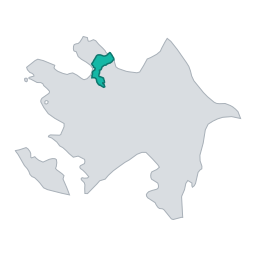 Qakh District, Qax, Azerbaijan shown in context
{"feature_id": "54616110B49356278605879", "entity_name": "Qakh District", "entity_type": "district", "adm_level": 2, "iso_a3": "AZE", "parent_name": "Azerbaijan", "parent_adm1": "Qax", "projection": "orthographic", "projection_center": [46.895, 41.256], "detail": "fine", "context": "in_parent", "style": "filled", "palette": "teal", "viewbox_px": 256, "rotation_deg": 0, "n_neighbors": 0, "source": "geoboundaries", "source_scale": "gbopen_adm2", "svg_char_len": 4956}
<svg xmlns="http://www.w3.org/2000/svg" viewBox="0 0 256 256"><path d="M182.7,217.4L181.6,217.3L173.2,219.5L171.4,218.9L164.0,209.8L162.5,208.8L159.4,208.5L157.6,207.0L156.0,204.5L155.2,202.7L147.7,197.8L146.5,196.0L146.4,194.4L147.4,193.0L148.7,191.7L152.3,190.4L156.5,189.3L157.8,188.5L158.5,187.2L158.4,185.0L157.7,183.0L151.6,179.2L150.9,177.6L150.7,175.6L151.0,173.5L151.9,171.8L156.8,169.5L159.4,167.2L157.7,164.6L152.4,158.8L146.0,152.4L141.8,152.4L137.0,154.3L129.3,159.9L125.0,162.3L119.4,166.3L113.4,170.7L108.4,175.3L105.2,179.1L99.7,180.8L96.9,184.0L87.5,193.6L84.9,193.5L84.7,188.7L84.9,184.9L84.3,182.7L81.3,179.7L81.2,178.5L82.1,177.7L84.4,178.2L87.4,178.0L88.8,176.8L85.6,172.9L82.8,170.2L80.4,168.5L79.9,167.4L79.9,166.6L80.4,165.7L84.5,163.6L84.9,161.6L84.6,159.4L78.2,156.1L73.3,157.2L69.0,153.5L66.3,150.7L62.8,147.6L59.7,145.9L56.8,142.0L51.7,138.0L48.4,136.8L48.5,136.2L49.1,135.5L50.5,134.9L59.6,135.2L60.8,134.5L61.4,132.8L62.6,130.3L64.1,126.6L64.1,123.5L54.9,118.4L48.3,113.7L43.8,107.5L40.8,101.9L40.9,100.1L41.9,98.3L49.0,93.3L49.5,92.0L49.4,91.1L46.9,88.4L43.8,85.7L42.8,83.7L40.8,82.6L37.1,82.5L30.5,79.0L29.1,78.7L28.8,78.0L29.1,77.4L33.9,76.1L33.8,75.0L32.4,73.5L29.8,72.4L27.4,69.7L26.6,67.3L35.2,60.5L37.8,59.2L43.3,60.6L54.8,65.3L54.0,67.9L55.2,69.4L57.8,71.3L62.9,73.4L67.2,74.5L69.4,73.6L72.7,72.9L77.1,75.2L81.0,78.1L83.0,79.3L84.1,79.7L87.1,78.7L90.8,75.0L92.2,70.5L92.6,68.3L90.5,65.3L86.2,62.1L81.3,59.2L78.2,56.6L76.2,51.7L74.2,51.1L73.7,50.4L73.4,48.7L73.5,46.4L74.2,44.6L76.2,43.8L78.2,43.5L80.0,41.8L82.2,38.4L83.2,36.5L87.4,37.6L88.0,40.7L88.7,41.3L90.5,41.0L93.4,39.7L95.7,40.7L98.7,44.3L102.8,48.2L105.1,50.7L106.0,52.5L108.1,54.2L111.2,56.3L113.7,59.4L115.9,66.8L118.1,68.5L126.2,71.3L129.0,71.8L136.9,72.8L139.7,72.0L143.6,65.6L147.2,59.0L150.6,57.6L156.7,54.3L160.3,51.3L161.8,48.0L165.1,41.8L167.2,38.4L170.8,41.3L177.3,49.5L186.5,62.7L188.8,66.4L190.4,70.8L191.7,76.1L193.9,80.8L203.4,92.5L207.5,96.7L214.1,102.2L216.5,103.4L219.5,103.7L225.1,103.5L230.3,105.5L232.9,107.0L235.6,109.2L238.0,111.7L240.6,118.5L231.6,116.6L222.7,117.3L217.6,118.9L212.8,121.2L208.1,124.2L205.3,129.9L203.2,143.0L199.9,155.3L200.1,160.9L201.9,166.2L201.8,168.8L200.1,169.9L198.1,172.3L195.5,183.5L194.2,185.8L192.4,187.2L191.9,185.9L191.9,183.0L187.8,180.5L185.8,183.5L184.5,189.7L181.7,196.2L181.6,197.4L182.7,217.4ZM47.8,103.2L48.2,101.5L47.1,100.7L45.9,100.6L44.9,101.5L44.9,103.6L46.3,104.1L47.8,103.2ZM17.3,153.4L15.9,151.6L15.4,150.6L19.4,149.8L26.1,147.6L27.9,148.8L29.8,151.3L30.7,153.4L30.8,157.3L31.6,157.9L34.8,156.7L36.3,158.3L38.7,160.2L43.0,162.1L49.3,159.3L52.4,158.6L55.0,158.7L56.4,159.6L56.8,162.7L56.3,166.4L55.5,168.4L56.8,169.9L61.9,173.6L64.0,175.6L63.0,179.0L66.7,187.5L68.0,190.8L69.5,194.9L61.6,193.2L47.4,189.6L43.6,187.8L39.9,183.0L37.8,180.7L34.6,177.7L32.0,176.6L30.0,174.5L28.9,171.5L27.3,168.8L24.4,165.5L18.1,154.5L17.3,153.4ZM27.2,81.2L26.3,81.8L25.0,81.1L24.6,79.8L24.8,78.4L26.1,78.1L27.1,78.5L27.4,79.8L27.2,81.2Z" fill="#d9dde1" stroke="#a8b0b8" stroke-width="1"/><path d="M113.9,59.8L113.8,59.2L113.8,58.5L113.5,57.8L112.9,56.9L112.4,56.1L112.0,55.2L111.4,54.5L111.2,54.1L110.7,53.4L110.3,52.8L109.7,52.6L109.1,53.1L108.8,53.4L108.4,53.8L108.0,54.1L107.8,54.3L107.6,54.4L107.2,54.9L106.7,55.3L106.1,55.6L105.3,55.9L104.8,56.0L104.0,56.1L103.3,56.0L102.9,55.8L102.4,55.6L101.6,55.3L101.0,55.1L100.3,54.9L99.8,54.9L98.6,54.9L98.0,54.9L97.2,55.3L96.9,55.5L96.4,56.0L96.0,56.8L95.7,57.3L95.3,58.0L95.0,58.6L94.6,59.2L94.1,59.9L93.8,60.5L93.5,61.1L93.2,61.8L92.7,62.4L92.3,63.0L91.8,63.7L91.8,64.1L92.1,64.8L92.4,65.2L93.0,65.7L93.4,66.3L93.5,67.2L94.1,67.5L94.9,67.9L95.2,68.5L94.9,69.4L94.7,70.1L94.1,70.3L93.7,70.6L93.4,70.9L92.8,71.4L92.5,72.1L92.4,72.9L92.5,73.8L92.4,74.6L92.1,75.3L91.9,75.9L92.2,76.6L91.9,77.1L91.9,77.8L92.7,77.7L93.5,77.7L94.6,77.7L95.4,78.2L96.0,78.7L96.4,79.4L96.5,80.3L96.6,81.0L96.8,81.5L96.9,82.1L97.2,82.6L97.7,83.3L98.0,83.8L98.4,84.3L98.9,84.8L99.2,85.0L99.5,85.2L100.0,85.1L101.4,86.0L102.2,86.5L102.8,86.8L103.6,87.3L104.0,87.2L104.4,87.0L104.7,86.8L104.6,86.7L104.5,85.9L104.2,84.9L104.0,84.4L103.4,84.1L102.8,83.4L102.8,82.9L103.6,82.9L104.4,82.7L104.5,82.5L104.5,82.0L104.4,81.4L104.3,80.9L104.2,80.4L104.0,80.0L103.7,79.2L103.6,78.5L102.9,77.9L103.0,77.8L102.8,77.7L102.6,77.6L102.3,77.5L101.7,77.3L101.3,77.1L100.7,76.9L100.2,76.7L99.9,76.7L99.3,76.5L98.9,76.2L98.8,75.7L98.9,75.0L99.0,74.4L99.1,73.9L99.4,73.7L99.5,73.1L99.6,72.4L99.7,71.5L99.5,70.8L99.4,70.3L99.9,70.1L100.1,70.1L100.7,69.9L100.9,69.5L101.2,69.3L101.3,69.0L101.5,68.8L101.7,68.2L101.7,67.7L101.8,67.3L102.1,67.0L102.4,66.8L102.7,66.5L102.8,66.4L103.1,66.2L103.3,65.9L103.8,65.6L104.2,65.4L104.5,65.2L105.1,65.2L105.5,65.2L106.0,65.1L106.6,64.6L107.0,64.0L107.6,63.9L107.8,63.7L108.5,63.5L109.0,63.3L109.3,63.2L110.2,63.0L110.7,62.6L111.1,62.3L111.8,61.8L112.1,61.5L112.5,60.9L112.7,60.6L113.0,60.2L113.5,59.8L113.9,59.8Z" fill="#14b8a6" stroke="#0f766e" stroke-width="1.5"/></svg>